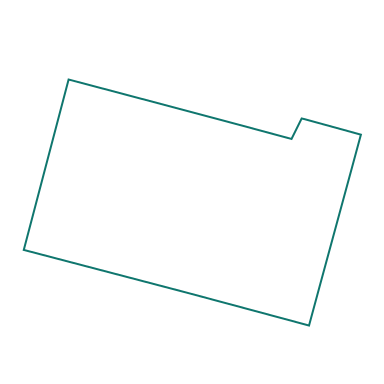 outline of Stone, Mississippi, United States of America, rotated 195°
{"feature_id": "52423323B58582315603742", "entity_name": "Stone", "entity_type": "district", "adm_level": 2, "iso_a3": "USA", "parent_name": "United States of America", "parent_adm1": "Mississippi", "projection": "albers", "projection_center": [-89.176, 30.779], "detail": "fine", "context": "isolated", "style": "outline", "palette": "teal", "viewbox_px": 384, "rotation_deg": 195, "n_neighbors": 0, "source": "geoboundaries", "source_scale": "gbopen_adm2", "svg_char_len": 358}
<svg xmlns="http://www.w3.org/2000/svg" viewBox="0 0 384 384"><g transform="rotate(195 192 192)"><path d="M44.4,93.3L44.3,132.8L43.8,255.4L43.7,291.1L87.8,291.4L101.9,291.5L105.1,291.4L109.6,269.0L178.1,269.1L274.5,268.9L340.3,268.7L340.1,224.7L339.5,92.5L175.7,93.4L154.3,93.4L136.4,93.4L44.4,93.3Z" fill="none" stroke="#0f766e" stroke-width="2"/></g></svg>